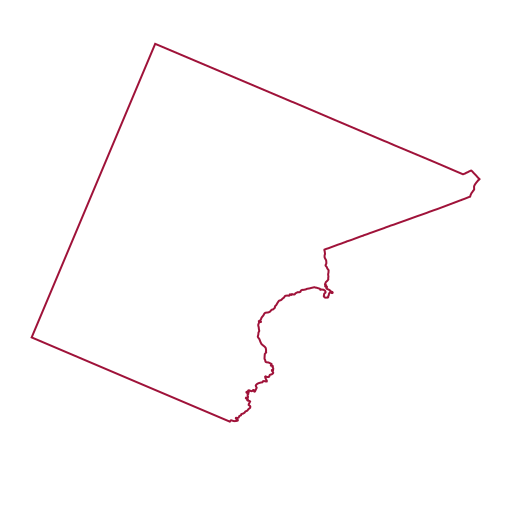 the district of San Andrés, Petén, Guatemala, rotated 293°
{"feature_id": "79465075B48357778365605", "entity_name": "San Andrés", "entity_type": "district", "adm_level": 2, "iso_a3": "GTM", "parent_name": "Guatemala", "parent_adm1": "Petén", "projection": "equal_earth", "projection_center": [-90.564, 17.38], "detail": "fine", "context": "isolated", "style": "outline", "palette": "rose", "viewbox_px": 512, "rotation_deg": 293, "n_neighbors": 0, "source": "geoboundaries", "source_scale": "gbopen_adm2", "svg_char_len": 6023}
<svg xmlns="http://www.w3.org/2000/svg" viewBox="0 0 512 512"><g transform="rotate(293 256 256)"><path d="M418.7,420.6L417.0,419.0L415.9,418.2L415.3,417.5L415.0,417.4L414.5,416.8L413.9,416.5L412.1,414.6L412.1,407.6L412.2,382.8L412.0,340.1L412.1,331.8L412.0,329.1L412.0,275.5L412.1,230.1L412.0,228.9L411.9,80.3L93.4,81.3L93.3,192.9L93.3,296.6L94.5,296.9L94.8,297.0L95.0,297.2L95.1,297.4L95.3,299.7L95.6,300.8L96.5,302.4L97.1,303.2L97.5,303.5L97.9,303.4L98.0,303.1L98.2,301.7L98.5,301.1L98.8,300.8L99.2,300.8L99.4,301.1L99.5,301.8L99.6,302.1L100.1,302.8L100.4,303.1L100.9,303.2L102.2,303.2L102.4,303.4L103.5,304.4L104.7,304.3L104.8,304.4L105.3,304.9L105.8,305.6L107.3,306.7L108.5,306.9L108.9,307.1L109.7,308.0L110.3,308.4L111.3,308.7L111.9,308.8L113.4,309.6L114.0,309.9L114.9,309.7L115.3,309.5L115.6,309.1L116.0,307.5L116.4,307.3L116.7,307.2L118.9,307.4L119.8,307.4L119.9,307.1L120.0,306.7L119.9,306.1L119.7,305.2L119.8,304.4L120.0,304.2L120.3,304.3L120.7,304.6L120.9,304.5L121.0,302.7L121.1,302.3L121.2,302.2L121.7,302.2L122.4,303.7L122.6,303.8L123.4,303.6L124.0,303.0L124.9,302.5L125.3,302.5L125.6,302.6L125.8,302.8L126.1,302.8L126.3,302.7L126.5,300.8L126.6,300.6L126.9,300.4L127.2,300.4L127.4,300.6L127.5,300.9L127.6,302.2L127.7,302.5L128.0,302.5L128.2,302.4L128.5,301.7L129.0,301.4L129.3,301.5L129.5,301.7L129.7,302.2L129.7,303.4L129.8,304.7L130.2,305.2L130.5,305.4L131.2,305.6L131.6,305.9L131.7,306.2L131.7,306.4L131.5,306.6L130.8,306.9L130.6,307.2L130.5,307.5L130.8,307.9L131.2,308.0L132.0,308.0L133.1,308.0L134.5,308.1L135.0,308.1L135.3,307.8L135.7,307.2L136.1,306.8L136.7,306.4L137.5,306.5L138.6,307.0L139.8,307.9L141.2,309.6L141.7,310.3L142.0,311.0L142.3,311.2L142.5,311.3L143.3,311.4L143.6,311.5L143.8,311.8L144.2,312.9L144.3,313.9L144.7,314.9L144.9,314.9L145.4,314.7L146.2,313.7L147.1,312.6L147.8,312.0L148.5,311.6L148.9,311.8L149.0,313.6L149.1,314.0L149.3,314.5L149.8,315.1L150.2,315.3L151.3,315.1L151.9,315.2L152.3,315.5L152.7,316.0L153.2,316.7L154.4,317.4L154.8,317.5L155.2,317.5L155.8,316.9L156.0,316.7L156.2,316.0L156.9,315.3L157.2,315.2L157.4,315.4L157.4,315.8L157.6,316.3L159.0,315.9L159.4,315.7L159.6,315.5L159.9,314.9L160.2,314.8L160.4,314.7L161.1,314.6L161.3,314.4L161.4,313.9L161.3,313.6L161.0,313.2L160.9,312.9L161.0,312.6L161.2,312.4L162.0,312.6L162.4,312.6L162.7,312.4L162.8,310.1L162.9,309.2L162.6,308.3L162.3,307.3L162.3,306.8L162.3,306.3L162.6,305.9L163.7,305.2L164.4,304.3L164.9,303.9L167.1,303.1L169.2,302.4L170.6,302.8L171.2,303.0L171.4,302.9L171.5,302.9L172.0,302.4L172.7,302.3L173.4,302.0L174.0,301.6L175.0,301.0L175.6,300.1L176.0,299.1L176.7,296.6L177.2,295.3L178.7,293.6L180.7,291.7L181.0,291.3L181.6,290.2L182.1,289.5L182.4,289.2L182.8,289.1L184.7,288.8L186.5,288.2L188.0,288.3L188.4,288.2L189.9,287.2L191.7,286.2L192.6,285.4L193.7,284.9L196.1,284.8L196.8,284.3L197.1,284.1L197.3,284.2L197.3,284.5L197.0,285.2L196.9,285.7L196.9,285.9L197.2,286.3L197.3,286.3L197.5,286.2L198.1,285.1L198.4,285.0L199.8,285.3L201.1,285.2L202.2,285.4L204.1,286.0L206.3,286.2L206.7,286.4L207.3,286.7L207.8,287.4L208.7,289.1L209.2,289.7L209.7,290.2L210.4,290.7L211.6,291.0L212.5,291.4L212.9,291.7L213.4,292.5L215.5,293.5L216.1,293.5L216.5,293.3L217.2,293.2L217.6,293.3L218.6,293.8L221.2,294.1L223.3,294.5L223.6,294.6L224.1,294.9L224.8,295.9L225.6,296.5L227.4,297.2L227.8,297.5L228.7,298.0L230.0,298.2L230.7,298.5L230.9,298.7L231.6,299.8L232.0,300.7L232.3,301.8L232.4,302.0L232.7,302.2L233.0,302.2L233.8,302.1L234.0,302.3L234.1,302.6L233.9,303.1L233.9,303.3L233.9,303.6L234.1,303.8L234.3,304.0L234.8,303.9L235.0,304.0L235.1,305.1L235.2,305.4L235.4,306.0L235.7,306.5L236.1,306.7L236.8,306.8L237.2,307.0L238.5,308.1L239.1,308.7L239.4,309.8L240.3,310.8L240.6,310.9L241.3,310.8L241.8,310.9L242.7,311.6L242.9,311.8L243.3,312.8L244.7,314.9L245.0,315.2L245.3,315.3L245.8,315.9L247.2,318.1L248.1,319.2L249.7,321.4L250.1,322.0L250.2,323.3L250.5,324.1L250.5,324.6L250.6,325.6L250.8,327.5L250.7,327.8L250.3,328.1L250.1,328.3L250.1,328.6L250.2,328.8L250.7,329.3L250.8,329.4L250.9,329.8L251.0,330.3L251.3,331.1L251.3,331.7L251.2,332.1L251.1,332.6L250.9,333.3L250.5,333.7L250.0,334.1L249.7,334.2L249.3,334.2L248.6,333.8L248.1,333.6L247.5,333.6L247.1,333.7L246.7,334.0L245.8,334.0L245.5,334.1L245.3,334.3L245.0,334.8L244.9,335.1L244.7,335.7L244.8,336.2L245.6,338.0L245.9,338.4L246.2,338.5L246.6,338.5L246.8,338.4L247.0,338.2L248.4,338.3L249.0,338.1L249.3,338.0L249.6,338.0L250.9,338.1L251.2,338.2L251.5,338.3L251.7,338.6L251.7,338.9L251.5,339.9L251.5,340.1L251.6,340.5L251.8,340.8L252.1,340.9L252.4,340.8L252.6,340.5L252.7,340.3L252.6,339.3L252.6,339.0L253.2,337.5L253.3,337.2L253.4,336.8L253.5,334.2L253.5,333.9L253.7,333.6L253.8,333.4L254.0,333.3L254.9,333.5L255.2,333.5L255.3,333.4L255.4,333.2L255.4,332.9L255.1,332.5L255.0,332.1L255.0,331.8L255.2,331.5L255.3,331.4L255.7,331.3L255.9,331.6L256.1,332.1L256.3,332.1L256.5,332.0L256.6,330.8L256.8,330.6L257.0,330.5L258.2,330.6L258.8,330.5L259.2,330.5L261.0,331.3L262.1,331.6L262.6,331.7L264.1,331.0L265.1,330.8L266.7,329.9L267.4,329.5L269.0,329.2L271.0,328.5L271.2,328.4L271.4,328.2L272.3,326.6L273.5,325.4L274.2,324.0L274.5,323.7L274.8,323.6L275.4,323.6L276.4,323.7L277.5,323.3L279.2,322.4L279.9,321.7L280.3,321.1L281.4,319.8L282.3,319.3L283.1,319.0L283.8,318.8L284.5,318.8L285.1,318.6L287.0,317.5L288.0,316.7L288.6,316.5L290.1,318.0L291.4,319.6L293.8,322.1L297.4,325.9L298.2,326.7L300.9,329.8L302.3,331.2L304.3,333.4L304.6,333.5L307.5,336.9L315.3,345.1L316.7,346.8L317.0,346.9L319.6,349.9L321.6,351.9L323.0,353.5L326.8,357.6L332.0,363.3L332.8,364.0L335.8,367.3L336.4,367.8L338.8,370.7L340.9,372.9L351.9,384.8L355.8,389.0L358.2,391.7L362.4,396.3L364.6,398.5L366.2,400.3L366.8,400.9L370.0,404.5L387.4,422.7L387.8,423.3L388.1,423.4L390.0,425.5L393.4,428.9L394.1,429.6L394.3,429.9L396.3,429.7L398.1,429.8L400.1,430.3L401.0,430.4L401.2,430.6L402.5,430.8L405.1,429.6L405.9,429.5L407.4,429.6L410.0,430.2L411.7,430.8L412.1,430.7L413.4,431.5L414.1,431.7L415.0,429.4L416.1,427.2L417.6,423.6L418.2,422.4L418.7,421.1L418.7,420.6Z" fill="none" stroke="#9f1239" stroke-width="2"/></g></svg>